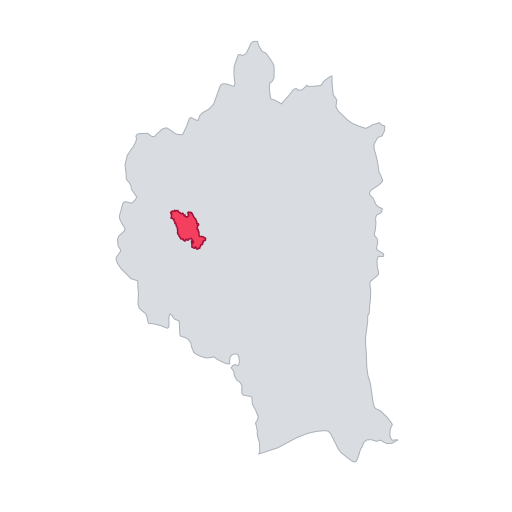 Lyepyel, Vitebsk, Belarus (highlighted), rotated 265°
{"feature_id": "67162791B29799454608156", "entity_name": "Lyepyel", "entity_type": "district", "adm_level": 2, "iso_a3": "BLR", "parent_name": "Belarus", "parent_adm1": "Vitebsk", "projection": "natural_earth1", "projection_center": [28.695, 54.828], "detail": "fine", "context": "in_parent", "style": "filled", "palette": "rose", "viewbox_px": 512, "rotation_deg": 265, "n_neighbors": 0, "source": "geoboundaries", "source_scale": "gbopen_adm2", "svg_char_len": 9088}
<svg xmlns="http://www.w3.org/2000/svg" viewBox="0 0 512 512"><g transform="rotate(265 256 256)"><path d="M428.7,347.3L420.2,346.8L409.9,347.0L404.2,350.2L397.9,348.6L393.5,350.4L383.4,359.1L379.5,363.8L375.8,371.1L373.6,376.4L374.8,380.2L376.8,383.7L377.2,387.4L378.2,390.4L375.7,392.5L374.2,395.6L369.9,395.1L364.7,392.1L363.5,387.8L359.4,384.8L356.8,383.3L352.4,383.0L345.4,384.4L336.2,385.5L329.3,385.8L325.5,387.3L320.0,388.8L317.8,387.0L314.7,382.2L312.1,377.3L310.4,375.2L308.9,374.6L307.0,374.7L304.9,376.3L303.3,377.8L297.5,379.7L294.9,381.4L292.1,385.9L290.3,385.5L288.3,384.5L286.1,379.5L283.1,378.4L278.3,378.3L272.2,377.3L267.4,375.8L265.6,376.1L262.7,378.2L259.5,378.5L252.7,376.7L251.3,377.5L247.3,383.0L245.5,383.3L244.4,382.6L245.0,377.8L241.1,376.1L234.3,375.9L229.6,376.6L227.3,376.4L226.1,375.4L220.4,367.4L217.3,366.9L211.8,367.3L203.7,366.3L194.4,364.5L189.3,363.9L186.7,362.1L180.9,361.5L165.5,358.1L159.3,357.5L150.0,357.4L135.9,356.7L126.8,357.1L122.6,358.2L117.8,358.9L101.0,359.8L95.0,360.7L93.2,362.4L91.2,366.1L84.1,372.5L77.3,376.7L76.1,377.1L72.2,374.8L68.9,374.1L65.1,373.8L62.4,374.5L60.6,375.6L60.7,380.5L60.3,381.0L57.5,375.1L57.9,369.8L59.6,366.8L61.7,364.1L60.9,360.0L63.0,354.6L63.2,350.8L62.4,349.1L60.8,347.1L56.5,345.0L54.6,343.3L48.8,341.1L43.0,338.3L42.1,336.5L42.4,335.4L43.5,333.6L48.1,328.4L53.0,323.3L56.2,321.3L72.7,314.8L75.3,312.5L76.1,308.7L76.0,301.0L75.1,293.9L74.0,289.0L71.1,279.9L63.1,261.1L58.5,241.6L61.8,242.8L69.5,243.2L75.8,241.9L79.0,241.7L81.8,242.1L90.0,241.0L91.9,242.8L95.5,244.3L102.7,242.1L109.1,239.4L115.7,239.6L116.6,238.3L118.4,231.4L120.4,229.9L128.2,230.6L131.1,229.4L134.2,226.0L138.9,223.9L142.8,223.9L146.8,221.5L148.8,223.1L149.7,225.9L148.3,228.2L148.9,229.1L151.7,230.2L156.4,230.2L159.5,229.2L160.2,227.9L160.3,225.6L159.6,223.4L157.6,221.5L153.8,220.5L151.1,220.5L150.7,219.3L151.6,216.7L154.1,211.9L157.0,207.6L158.8,206.0L159.1,204.5L158.8,201.9L158.8,197.3L161.5,190.7L165.0,185.8L169.7,184.2L175.4,183.4L179.1,181.0L180.9,178.4L182.5,174.2L184.3,173.3L198.0,173.8L200.1,169.6L201.3,168.5L203.9,167.2L205.8,165.7L205.1,164.6L201.6,163.8L193.4,163.2L191.8,161.8L192.3,160.1L194.6,155.8L196.7,150.2L197.8,145.9L198.0,143.4L199.2,142.7L205.9,141.9L208.1,141.0L213.9,135.2L218.3,134.2L229.5,135.7L234.7,135.6L241.3,136.0L241.9,135.4L244.2,129.6L255.4,120.3L261.4,117.1L265.2,116.4L266.5,116.5L272.5,121.5L273.9,121.6L277.8,119.6L284.7,119.4L287.9,121.1L292.5,127.1L294.9,127.9L301.6,124.5L305.3,123.4L307.7,123.4L320.4,128.1L321.3,129.6L321.4,131.3L319.4,136.8L322.1,140.2L325.1,142.4L331.6,138.7L334.0,137.6L336.6,137.6L340.1,136.2L342.6,134.1L345.1,133.4L349.7,133.8L358.1,133.4L367.9,136.7L368.8,137.7L373.7,141.5L375.4,143.5L377.1,144.1L379.7,146.0L383.2,147.2L385.6,146.8L386.8,147.4L387.9,148.9L388.0,151.4L387.7,158.7L384.3,162.5L383.8,163.8L384.0,165.4L386.8,168.6L390.5,173.4L391.3,176.3L391.4,178.4L386.5,184.6L384.9,186.1L383.8,189.1L383.3,192.3L383.6,193.6L391.9,198.5L398.0,201.2L399.4,202.5L399.5,203.4L396.4,208.7L396.1,210.1L401.0,212.4L403.7,215.8L406.2,221.5L410.9,227.0L428.3,235.0L429.8,236.4L430.4,238.2L429.9,241.9L426.8,249.0L429.8,250.1L437.4,249.8L446.7,250.7L458.0,255.8L458.0,258.0L456.9,260.1L457.7,262.3L459.0,264.1L468.7,269.8L469.7,271.4L469.9,274.2L469.7,276.2L467.0,276.6L464.1,277.6L459.3,280.0L457.4,283.4L449.6,288.1L444.8,290.3L440.9,290.4L431.7,289.4L428.4,287.1L427.1,284.9L423.5,284.0L418.8,283.9L412.3,284.2L411.0,284.9L410.0,287.5L407.3,292.0L405.3,294.5L413.7,303.4L417.9,307.1L419.2,309.3L419.2,310.9L417.3,312.8L417.6,316.6L421.7,321.6L420.4,322.4L420.0,328.5L420.2,335.1L421.3,336.7L423.5,338.0L425.3,340.4L428.5,345.8L428.7,347.3Z" fill="#d9dde1" stroke="#a8b0b8" stroke-width="1"/><path d="M307.6,175.8L307.7,175.6L307.4,175.4L307.2,175.4L306.8,175.4L306.8,175.2L306.7,174.8L306.6,174.7L306.4,174.8L306.3,175.0L306.2,175.0L305.9,175.1L305.6,175.0L305.4,175.1L305.4,175.4L305.3,175.6L305.2,175.7L304.9,175.8L304.7,175.8L304.5,175.7L304.3,175.4L304.2,175.3L303.8,175.3L303.2,175.3L302.8,175.3L302.5,175.2L302.3,175.1L302.1,175.0L301.9,174.9L301.7,174.8L301.5,174.7L301.2,174.7L301.0,174.8L300.9,175.2L301.0,175.5L300.7,176.0L300.4,176.2L300.3,176.4L300.1,176.6L300.0,176.8L300.0,177.1L300.0,177.3L299.9,177.4L299.7,177.4L299.4,177.5L299.2,177.4L298.9,177.4L298.6,177.3L298.3,177.4L298.1,177.5L297.8,177.6L297.7,177.7L297.3,178.0L297.0,178.1L296.7,178.2L296.4,178.2L296.2,178.2L295.9,178.0L295.7,178.0L295.4,178.1L295.2,178.3L295.2,178.5L295.1,178.9L295.1,179.0L294.9,179.1L294.4,179.2L293.3,179.2L293.0,179.2L292.6,179.2L292.1,179.5L291.8,179.8L291.5,180.0L291.0,180.2L290.8,180.3L290.5,180.3L290.2,180.1L289.7,179.9L289.5,180.0L289.0,180.2L288.8,180.2L288.4,180.2L288.0,180.2L287.7,180.2L287.2,180.2L286.9,180.0L286.7,179.9L286.3,179.9L286.1,179.9L286.0,180.0L285.7,180.1L285.4,179.9L285.2,179.9L284.8,180.0L284.6,180.1L284.4,180.4L284.1,180.6L283.9,180.7L283.6,180.9L283.3,181.0L282.9,181.1L282.5,181.1L282.2,181.2L281.9,181.4L281.6,181.6L281.4,181.9L281.2,182.2L280.8,182.3L280.7,182.3L280.4,182.3L279.9,182.4L279.7,182.5L279.5,182.9L279.5,183.2L279.4,183.5L279.2,184.1L279.2,184.4L279.2,184.6L279.3,184.8L279.3,185.0L279.2,185.1L278.8,185.1L278.6,184.9L278.3,184.9L278.2,185.0L277.9,185.3L277.8,185.7L277.6,185.9L277.4,186.0L277.2,186.1L277.2,186.5L277.3,186.9L277.5,187.1L277.8,187.3L278.2,187.5L278.4,187.7L278.6,187.9L278.8,188.1L278.7,188.4L278.5,188.5L278.1,188.8L277.9,188.9L277.7,189.2L277.7,189.4L277.7,189.7L277.8,189.9L277.9,190.0L278.1,190.3L278.4,190.4L278.6,190.6L278.8,190.8L278.8,191.0L278.9,191.3L278.8,191.8L278.9,192.1L278.9,192.3L279.0,192.5L279.3,192.7L279.3,192.9L279.2,193.0L278.6,193.4L277.6,193.8L277.3,194.1L276.9,194.3L276.4,194.7L275.9,194.9L275.7,194.9L275.3,194.9L275.0,194.8L274.8,194.7L274.7,194.6L274.6,194.4L274.8,194.3L275.2,194.2L275.7,194.2L276.2,194.1L276.4,193.9L276.7,193.6L276.7,193.4L276.6,193.1L276.4,193.0L276.0,192.9L275.7,192.9L275.3,193.0L274.9,193.1L274.6,193.1L273.9,193.1L273.4,193.1L272.7,193.1L272.3,193.1L271.8,193.1L271.2,193.0L270.9,192.9L270.7,192.9L270.4,193.0L270.2,193.1L270.1,193.4L270.1,193.6L270.0,193.8L269.9,194.0L269.7,194.2L269.6,194.4L269.4,194.6L269.3,195.0L269.2,195.4L269.1,195.5L269.2,195.8L270.0,196.0L270.3,196.3L270.3,196.5L270.2,196.7L269.9,196.9L269.5,197.1L268.8,197.3L268.5,197.4L268.2,197.6L268.0,197.8L267.9,198.0L268.0,198.4L268.1,198.8L268.4,199.1L268.6,199.3L268.8,199.5L268.7,200.0L268.7,200.3L268.7,200.6L268.8,200.7L269.5,200.8L270.1,201.1L270.3,201.3L270.5,201.6L271.3,201.7L271.7,201.8L272.0,202.1L272.0,202.9L272.0,203.3L272.5,203.6L272.6,203.9L273.0,204.1L273.3,204.0L274.0,203.9L274.4,204.3L274.4,204.5L274.5,204.7L274.9,204.7L275.4,204.7L275.6,204.9L275.7,205.6L275.8,205.8L275.8,206.2L275.8,206.5L276.0,206.9L276.3,207.0L276.7,207.0L277.4,207.1L277.5,207.3L278.0,207.3L278.7,206.5L279.6,205.1L279.9,204.6L280.1,203.9L280.2,203.3L280.2,202.9L280.3,202.3L280.3,201.9L280.3,201.6L280.7,201.3L281.2,201.1L282.4,201.1L283.4,201.1L284.4,201.2L284.9,201.2L285.3,201.0L285.7,200.9L286.4,200.7L287.2,200.6L287.4,200.6L287.3,200.1L287.4,199.9L287.6,199.7L288.3,199.7L288.7,199.7L289.0,199.7L289.4,199.8L289.7,200.2L289.9,200.3L290.2,200.2L290.5,200.2L290.9,200.2L291.2,200.4L291.2,200.5L291.3,200.7L291.5,201.0L291.6,201.3L291.8,201.5L292.0,201.6L292.5,201.6L292.9,201.5L293.1,201.4L293.2,201.1L293.2,200.6L293.2,200.2L293.3,199.9L293.7,199.7L293.9,199.7L294.3,199.9L294.5,200.1L294.8,200.1L295.1,200.1L295.5,199.9L295.8,199.7L296.0,199.6L296.6,199.6L297.0,199.4L297.4,199.3L297.6,199.2L297.9,199.2L298.2,199.0L298.5,198.8L298.7,198.6L298.9,198.4L299.1,198.3L299.6,197.8L299.9,197.6L300.3,197.4L300.5,197.4L300.8,197.3L301.2,197.2L301.5,196.8L301.8,196.7L302.6,196.6L303.1,196.5L303.5,196.4L303.6,196.2L303.8,195.9L304.1,195.8L304.5,195.8L304.8,195.6L304.9,195.4L305.0,195.1L304.9,194.8L304.7,194.7L304.9,194.3L305.2,194.2L305.4,194.1L305.4,193.8L305.3,193.6L305.2,193.4L305.2,193.1L305.5,192.9L305.6,192.6L305.5,192.3L305.3,192.0L305.0,191.9L304.7,191.8L304.4,191.9L304.3,192.1L304.1,192.2L303.7,192.2L303.2,192.2L302.9,192.3L302.7,192.4L302.4,192.5L302.1,192.5L301.8,192.3L301.6,192.1L301.5,191.7L301.5,191.3L301.2,190.9L300.9,190.8L300.8,190.6L300.7,190.4L300.7,190.1L300.9,190.0L301.2,189.8L301.3,189.6L301.3,189.4L301.4,189.2L301.6,189.1L301.8,189.0L302.3,188.9L302.4,188.7L302.5,188.7L302.2,188.4L302.3,188.0L302.5,187.9L303.1,187.8L304.1,187.3L304.4,187.2L304.6,187.1L304.8,186.8L305.0,186.7L304.6,186.2L304.5,185.9L304.6,185.7L304.8,185.3L304.9,185.1L304.9,184.9L304.9,184.7L305.1,184.5L305.3,184.5L305.5,184.4L305.9,184.1L306.0,184.0L306.0,183.9L306.1,183.5L306.1,183.2L306.4,183.0L306.6,182.9L306.7,182.7L307.0,182.5L307.3,182.4L307.8,182.2L308.0,182.2L308.0,181.8L308.0,181.6L308.0,181.4L308.1,181.2L308.2,180.9L308.2,180.7L308.1,180.4L307.7,180.0L307.7,179.9L307.7,179.7L307.8,179.6L308.0,179.4L308.4,179.3L308.6,179.1L308.5,178.8L308.4,178.6L308.2,178.5L308.0,178.4L307.8,178.2L307.7,178.1L307.6,177.9L307.6,177.7L307.7,177.3L307.8,177.2L308.0,176.9L307.9,176.6L307.6,176.3L307.6,176.2L307.6,175.8Z" fill="#f43f5e" stroke="#9f1239" stroke-width="1.5"/></g></svg>